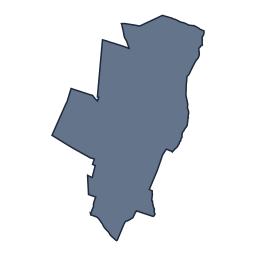 San Salvador Huixcolotla, Puebla, Mexico (Natural Earth projection)
{"feature_id": "50627088B91886188912905", "entity_name": "San Salvador Huixcolotla", "entity_type": "district", "adm_level": 2, "iso_a3": "MEX", "parent_name": "Mexico", "parent_adm1": "Puebla", "projection": "natural_earth1", "projection_center": [-97.766, 18.923], "detail": "fine", "context": "isolated", "style": "filled", "palette": "slate", "viewbox_px": 256, "rotation_deg": 0, "n_neighbors": 0, "source": "geoboundaries", "source_scale": "gbopen_adm2", "svg_char_len": 2990}
<svg xmlns="http://www.w3.org/2000/svg" viewBox="0 0 256 256"><path d="M90.4,213.1L90.7,214.9L91.0,214.9L96.9,217.1L97.3,217.4L99.2,219.4L100.6,221.3L101.0,222.0L102.2,223.6L103.6,226.4L104.3,227.5L105.0,228.3L106.5,230.0L107.8,231.3L108.6,232.2L109.1,232.9L109.8,234.3L110.7,235.5L111.2,236.0L112.3,237.0L113.5,238.1L115.5,239.9L116.3,240.5L116.6,240.6L117.3,240.1L123.9,224.2L125.5,221.3L127.2,220.9L128.5,220.4L132.9,217.7L135.2,212.8L136.2,211.5L136.3,211.2L136.4,210.9L149.1,215.1L152.4,216.2L153.1,216.4L153.9,216.0L155.0,214.2L154.9,213.9L154.2,212.0L154.4,209.1L154.2,208.6L153.6,207.3L153.5,207.1L152.7,203.7L152.5,201.0L151.7,200.7L152.0,197.8L152.4,194.4L152.2,192.5L152.2,191.9L152.3,190.9L150.9,190.3L149.3,189.4L157.0,171.1L161.5,158.3L162.3,155.5L165.0,151.1L166.5,149.1L169.4,150.5L170.8,150.8L172.3,152.0L173.7,150.4L175.1,148.9L176.3,147.8L177.3,146.8L177.8,146.1L178.3,145.0L178.7,144.3L179.2,143.7L179.4,142.9L179.5,142.0L180.0,141.2L180.3,141.3L180.6,141.0L180.8,140.2L180.8,139.5L180.9,139.1L182.0,137.2L182.0,134.8L182.4,132.6L183.3,131.4L184.0,130.4L184.4,129.3L185.0,128.6L185.7,127.7L186.2,127.1L186.7,126.4L187.2,125.2L187.4,123.3L187.6,122.1L187.8,120.3L187.8,118.9L188.1,118.1L188.4,117.8L188.2,117.3L188.0,116.6L188.2,115.5L188.5,114.1L188.7,113.2L188.6,111.5L188.3,110.5L188.0,109.5L187.5,108.4L187.5,106.9L187.6,105.5L187.8,104.0L187.5,103.2L187.3,102.2L187.3,101.2L187.0,100.6L186.8,99.6L186.5,98.4L186.4,97.4L186.1,96.2L185.9,93.1L186.1,91.6L186.1,90.0L186.2,85.5L186.4,83.4L186.6,81.5L186.7,80.3L186.7,80.0L187.0,76.4L188.8,74.7L190.5,71.2L193.6,64.9L195.1,62.1L195.7,61.1L196.7,59.7L197.8,58.5L198.6,57.0L199.0,55.7L199.3,54.6L199.2,52.9L199.1,51.3L198.9,50.3L198.8,49.1L198.9,48.2L199.6,47.6L200.1,47.1L200.5,46.5L200.8,45.8L201.2,45.5L201.7,45.6L202.3,45.2L202.3,43.2L202.1,42.3L202.1,41.5L202.3,41.0L202.3,38.6L202.2,37.5L202.3,36.6L202.7,36.1L203.2,35.7L203.5,35.0L203.8,33.8L204.0,32.8L204.0,31.3L204.0,30.9L202.5,30.3L199.8,29.1L198.8,28.2L194.3,25.7L189.4,25.2L188.9,25.1L186.4,23.9L183.6,22.7L181.0,22.2L174.9,19.2L173.9,19.2L171.9,18.1L162.4,15.4L139.8,26.0L137.9,25.8L137.0,25.5L130.3,24.4L127.0,23.9L124.4,23.5L121.4,23.6L121.7,24.3L122.0,25.5L122.4,27.4L123.0,29.9L123.3,31.3L124.0,35.4L124.4,37.0L125.0,38.3L125.6,39.4L125.9,39.9L126.6,41.1L127.0,42.1L127.5,43.6L128.1,45.4L128.5,46.5L129.0,47.8L129.1,48.4L121.0,45.5L117.8,44.6L116.0,43.9L110.7,42.4L106.1,40.8L102.5,39.8L100.5,62.0L97.4,96.9L98.8,97.3L97.8,99.9L97.6,99.9L97.4,100.7L97.4,100.8L94.9,98.5L92.7,95.5L90.3,94.7L89.7,94.6L71.1,88.5L66.9,102.2L66.2,103.2L57.6,122.6L52.0,135.3L62.5,141.8L72.5,147.9L90.2,157.8L94.4,159.0L92.5,164.4L93.9,165.0L95.2,165.6L92.2,177.5L91.8,177.4L90.6,176.9L87.6,175.3L87.6,176.1L87.8,179.7L87.8,180.9L88.0,184.2L88.4,191.7L88.5,194.5L88.9,194.6L90.2,195.1L91.0,195.4L94.8,196.7L95.7,197.0L94.5,200.4L93.8,202.3L93.4,204.9L93.6,206.4L92.7,208.4L91.8,210.6L91.4,211.9L90.9,213.5L90.4,213.1Z" fill="#64748b" stroke="#1e293b" stroke-width="1.5"/></svg>